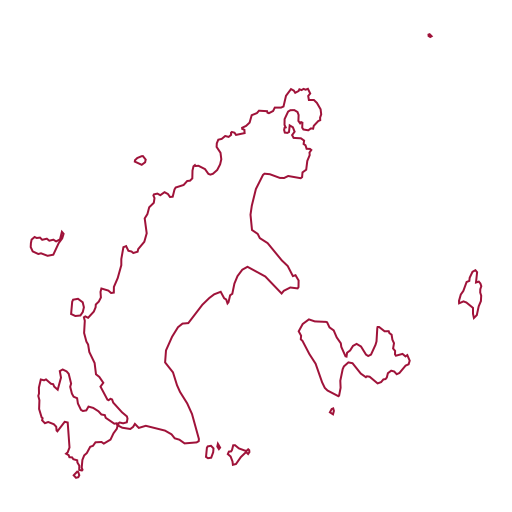 the district of Con Dao, Sóc Trăng, Vietnam
{"feature_id": "81297802B83873736556753", "entity_name": "Con Dao", "entity_type": "district", "adm_level": 2, "iso_a3": "VNM", "parent_name": "Vietnam", "parent_adm1": "Sóc Trăng", "projection": "equal_earth", "projection_center": [106.623, 8.704], "detail": "fine", "context": "isolated", "style": "outline", "palette": "rose", "viewbox_px": 512, "rotation_deg": 0, "n_neighbors": 0, "source": "geoboundaries", "source_scale": "gbopen_adm2", "svg_char_len": 6006}
<svg xmlns="http://www.w3.org/2000/svg" viewBox="0 0 512 512"><path d="M232.3,293.8L234.4,283.6L237.5,276.1L242.3,269.7L247.5,266.8L265.3,276.5L281.6,293.5L283.8,290.8L290.3,287.5L297.6,288.4L298.5,287.1L298.6,280.5L295.5,275.2L292.9,276.1L287.7,266.0L281.8,260.4L267.6,243.1L259.8,238.1L257.7,233.9L252.0,230.0L250.5,214.7L251.8,205.7L255.9,189.0L263.0,174.9L264.5,173.7L269.8,174.2L279.8,177.9L284.1,178.0L288.2,176.0L300.7,178.2L302.1,177.1L302.5,172.4L306.2,169.7L307.3,160.9L309.7,155.1L309.5,152.5L311.3,150.0L310.0,148.9L306.6,148.8L305.5,145.3L303.6,144.0L304.1,140.6L300.9,138.3L293.6,137.9L292.1,135.1L294.6,131.7L292.9,127.3L289.7,125.4L289.0,132.0L287.4,132.9L284.8,132.6L284.1,129.9L284.6,127.7L285.7,127.4L284.5,124.9L284.6,119.1L288.1,111.6L290.4,110.2L294.3,110.1L297.5,112.0L298.6,115.0L298.4,120.9L300.1,123.3L301.1,122.1L302.4,122.7L302.2,127.7L303.4,129.5L308.3,130.3L310.9,128.4L313.1,128.7L313.8,125.8L318.3,121.0L320.2,120.2L320.1,117.6L321.2,114.4L320.6,109.3L316.9,102.9L313.9,100.0L308.9,100.0L308.2,96.0L310.2,93.5L307.9,88.8L305.6,89.7L303.6,88.9L301.5,90.1L299.4,89.3L298.6,91.0L295.2,92.8L293.8,90.6L291.0,89.1L286.0,95.8L283.5,106.5L281.0,107.6L274.8,107.6L273.1,111.0L268.9,113.2L267.5,112.7L267.1,111.2L259.0,110.7L256.9,113.1L251.7,115.2L249.6,122.6L246.1,125.9L242.1,127.8L242.2,128.9L244.4,129.8L244.6,133.1L236.0,134.9L234.5,132.7L231.8,132.0L231.0,132.8L231.1,134.9L228.6,136.9L225.2,136.0L221.7,138.9L218.3,139.7L216.8,143.3L216.6,146.9L220.5,152.8L221.3,159.3L220.1,164.4L217.2,170.0L212.9,173.8L210.4,174.6L208.4,173.9L205.0,169.1L198.5,165.8L195.4,166.0L194.9,165.1L193.5,166.3L192.5,170.5L192.3,178.4L190.0,180.7L187.2,181.0L183.6,185.0L175.7,187.5L174.5,189.5L172.7,196.7L170.0,197.0L167.9,194.0L164.5,192.2L160.3,195.2L157.4,193.6L153.9,194.4L153.4,195.5L154.5,198.1L153.8,202.8L149.2,207.3L147.4,214.1L144.7,218.4L146.7,233.3L144.3,241.8L138.2,249.1L137.6,251.7L133.3,253.0L131.5,251.5L128.4,250.8L126.1,246.1L123.4,247.2L121.3,259.1L121.3,265.2L117.7,278.1L113.9,286.9L113.8,292.6L111.1,293.0L108.4,290.6L101.4,288.5L100.5,291.9L100.9,297.5L98.8,301.6L95.8,304.5L95.6,307.3L93.8,311.6L88.1,317.8L85.3,316.4L83.9,317.3L84.8,320.8L84.1,333.0L86.4,341.6L88.1,344.5L89.3,352.0L94.6,363.0L96.0,374.3L99.3,376.9L103.3,382.8L100.5,386.6L107.4,399.6L108.6,400.2L110.5,398.8L112.1,399.5L113.2,402.6L122.0,412.3L126.9,416.4L127.5,418.6L126.8,422.3L123.1,423.3L119.6,422.5L118.2,423.5L118.6,425.8L122.2,427.7L130.3,429.0L133.1,426.9L134.9,423.9L138.8,427.9L145.8,425.8L165.0,430.6L171.5,434.3L174.7,438.3L179.4,439.7L184.6,443.4L196.6,442.4L198.7,441.2L198.9,439.0L192.0,414.0L187.2,403.4L180.0,391.9L177.0,385.2L173.0,372.4L165.1,362.4L166.0,350.4L172.1,336.7L178.0,327.2L182.5,323.6L188.3,323.1L202.4,304.7L209.3,298.0L214.2,294.3L220.7,291.8L224.2,298.3L226.2,299.5L227.5,303.4L228.5,302.2L230.1,295.3L232.3,293.8ZM365.9,377.2L366.9,376.3L369.6,376.7L377.6,383.4L381.1,382.1L383.4,379.4L385.5,379.1L386.8,377.5L387.9,373.2L391.2,370.7L394.2,371.5L396.7,374.2L399.4,373.0L405.6,365.6L408.6,364.3L409.7,360.7L407.3,355.1L405.5,356.4L402.5,353.9L395.9,355.7L395.0,354.3L395.1,350.9L393.1,348.5L394.0,343.2L392.4,339.7L391.6,334.7L389.4,333.1L388.7,331.2L384.6,331.3L379.1,327.0L377.6,327.0L377.3,328.1L376.5,341.4L375.5,344.8L371.0,354.6L368.2,356.0L366.0,354.6L361.0,346.5L356.6,343.9L353.0,345.9L350.1,350.5L347.1,352.7L346.5,356.6L345.5,356.3L341.3,346.9L340.8,343.3L336.7,337.4L333.7,330.4L329.5,327.4L327.1,322.3L326.0,321.9L314.8,321.4L308.9,319.4L302.7,324.0L298.7,331.3L301.1,335.7L300.8,339.3L302.5,340.9L309.4,354.1L315.6,363.7L322.1,382.3L324.8,387.9L327.5,390.5L338.4,396.2L339.1,395.6L340.6,387.8L340.3,380.7L342.7,369.1L343.9,366.4L348.4,362.4L352.5,363.2L360.8,373.6L365.9,377.2ZM57.4,431.3L64.7,421.8L67.7,422.5L69.5,447.5L67.7,452.3L66.1,453.7L68.7,455.2L69.4,457.2L72.1,457.4L73.3,459.2L77.2,460.3L77.4,462.5L79.3,465.7L79.2,469.9L81.9,470.5L82.5,469.8L81.7,467.6L82.4,459.9L84.2,455.4L86.8,453.1L90.2,446.8L93.0,445.8L95.5,442.3L101.5,442.0L103.8,443.6L110.5,439.6L113.5,433.3L116.8,428.8L117.5,426.0L116.6,423.3L114.3,423.7L105.7,417.8L104.8,415.1L101.4,414.5L98.5,411.3L93.2,407.9L88.5,406.6L86.3,410.4L82.9,411.0L81.0,409.9L77.9,403.5L77.1,398.2L73.6,396.7L71.9,393.6L70.2,386.8L71.1,383.6L68.7,373.8L66.6,371.4L62.7,369.5L59.8,371.1L61.0,377.6L57.7,389.7L54.2,386.6L53.2,384.2L51.0,383.8L46.0,379.4L44.1,380.3L40.8,379.5L38.9,387.6L39.0,393.5L38.3,395.9L39.4,400.2L39.1,409.0L41.6,417.3L42.6,418.2L42.1,420.3L44.9,423.2L48.2,422.0L53.8,424.2L56.2,426.7L56.6,430.5L57.4,431.3ZM459.1,303.3L463.5,301.4L466.4,302.5L473.0,307.9L473.0,313.8L473.9,318.0L476.8,315.1L478.7,306.3L480.9,301.1L481.2,295.7L480.2,292.5L480.3,289.2L481.3,286.2L480.4,283.5L478.8,281.6L476.0,282.5L477.1,272.2L475.4,270.2L472.5,271.8L469.7,277.7L469.3,280.9L466.6,282.0L463.3,291.0L460.8,294.5L459.0,300.8L459.1,303.3ZM32.7,251.4L38.3,254.0L41.0,253.3L47.6,255.8L53.3,254.7L58.7,243.1L62.2,238.4L63.6,233.8L61.9,231.8L60.0,239.4L56.1,241.4L53.4,239.7L49.3,240.7L46.8,238.7L42.2,239.8L40.0,237.6L36.7,238.0L34.6,237.0L31.6,239.6L30.9,243.2L30.7,247.1L32.7,251.4ZM232.9,464.8L236.0,464.0L240.9,457.0L245.4,452.7L246.6,452.5L248.1,454.0L249.4,452.1L249.2,450.2L248.2,449.3L246.6,450.8L244.9,450.6L238.9,448.4L235.0,445.2L233.2,445.3L232.0,450.0L231.1,451.4L228.9,451.6L227.8,454.1L230.6,456.5L232.5,461.5L232.9,464.8ZM72.2,301.7L71.1,314.0L75.3,316.0L80.4,315.5L82.8,312.0L83.9,307.3L82.7,302.3L78.0,298.8L73.1,299.7L72.2,301.7ZM206.9,447.8L206.0,456.9L208.0,458.2L211.2,457.7L213.2,452.2L213.5,448.4L211.0,445.8L207.7,446.4L206.9,447.8ZM134.8,161.6L141.7,164.8L145.1,162.3L145.7,159.6L142.9,156.1L141.6,156.2L137.3,158.0L135.0,160.2L134.8,161.6ZM79.3,475.2L78.2,472.0L77.2,471.6L73.7,475.3L76.0,477.8L78.3,477.2L79.3,475.2ZM329.9,412.3L333.0,414.3L333.9,410.9L333.2,408.4L331.7,409.0L329.9,412.3ZM217.3,446.5L218.9,449.1L220.1,447.6L217.9,443.8L217.3,446.5ZM430.2,37.0L431.6,36.2L429.6,34.2L428.5,34.6L428.6,36.0L430.2,37.0Z" fill="none" stroke="#9f1239" stroke-width="2"/></svg>